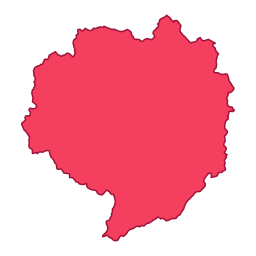 outline of Bac Son, Lạng Sơn, Vietnam
{"feature_id": "81297802B43959874007568", "entity_name": "Bac Son", "entity_type": "district", "adm_level": 2, "iso_a3": "VNM", "parent_name": "Vietnam", "parent_adm1": "Lạng Sơn", "projection": "robinson", "projection_center": [106.222, 21.815], "detail": "fine", "context": "isolated", "style": "filled", "palette": "rose", "viewbox_px": 256, "rotation_deg": 0, "n_neighbors": 0, "source": "geoboundaries", "source_scale": "gbopen_adm2", "svg_char_len": 5678}
<svg xmlns="http://www.w3.org/2000/svg" viewBox="0 0 256 256"><path d="M233.7,87.6L232.5,86.2L230.8,83.2L229.2,80.9L228.8,80.0L228.5,77.6L227.4,74.7L226.9,74.1L226.1,73.9L223.9,74.3L220.8,74.4L218.1,72.8L214.7,72.6L214.3,72.5L214.0,72.0L213.9,71.1L214.4,69.4L215.6,68.5L215.9,68.1L216.6,64.5L216.1,61.6L216.3,60.4L217.2,56.3L218.4,53.7L218.4,53.4L217.1,52.5L216.4,51.5L215.7,50.3L214.9,47.8L213.4,46.6L212.9,45.6L213.0,44.6L213.6,43.9L215.0,43.4L215.2,43.2L208.5,39.4L204.3,40.7L202.8,40.8L201.6,39.7L200.1,37.6L198.8,38.4L197.6,38.8L197.3,39.3L197.0,40.7L196.5,41.2L193.8,42.2L192.3,42.2L191.1,42.8L189.9,42.4L185.2,37.1L183.3,35.4L180.4,31.9L180.0,30.3L180.0,29.0L180.9,25.6L177.9,21.4L177.1,20.7L175.5,20.5L174.5,20.6L174.2,20.8L173.6,22.2L171.5,20.0L170.1,18.0L166.8,15.4L166.3,15.4L165.7,16.4L165.2,16.8L163.1,17.7L160.4,19.2L159.7,19.9L159.5,21.3L159.1,22.5L157.7,24.0L157.8,24.2L158.7,25.4L158.7,25.7L157.7,27.1L156.2,28.5L155.3,30.1L153.7,30.9L153.5,31.5L153.0,33.4L154.0,34.7L154.5,36.0L154.4,36.8L153.3,38.3L152.5,39.0L151.3,39.5L149.3,39.2L147.9,38.6L146.5,38.8L144.4,39.6L142.9,41.2L141.8,41.2L140.8,40.9L139.4,39.7L138.7,39.4L135.3,39.3L134.0,38.8L133.5,38.3L133.3,36.6L131.8,35.4L131.7,34.6L131.4,34.4L131.2,32.2L128.9,30.3L127.5,29.6L126.4,29.7L124.5,30.9L123.3,31.1L121.7,31.8L120.8,31.3L118.2,31.1L116.7,30.1L115.5,30.0L114.4,29.2L112.7,29.4L111.2,29.2L107.2,27.7L104.2,26.3L103.8,26.4L103.4,27.1L102.9,27.4L102.2,27.3L100.9,26.9L99.1,27.1L98.2,27.8L97.4,27.5L96.7,28.2L96.0,28.5L94.8,28.5L93.4,28.2L93.1,28.5L92.8,29.5L92.3,30.0L90.2,30.6L89.4,30.5L87.8,29.9L85.2,28.4L84.9,28.6L83.4,30.5L82.3,30.9L81.8,30.8L80.3,29.4L79.6,29.2L77.6,30.0L78.0,32.3L78.0,33.7L77.6,34.4L76.3,35.0L76.2,35.8L76.5,37.8L74.0,39.7L73.5,40.6L73.1,43.8L73.7,45.2L74.1,47.3L75.1,48.8L74.6,49.7L74.6,51.0L75.0,52.4L74.9,53.7L73.6,56.7L73.2,56.8L72.3,56.3L69.3,53.8L67.7,53.2L67.0,53.3L65.9,53.8L64.9,55.1L64.0,55.0L62.5,55.5L61.8,56.3L61.5,56.4L59.7,55.3L58.0,55.1L57.4,53.9L56.3,53.2L55.7,51.9L55.2,51.8L53.2,53.1L52.0,53.5L51.0,54.4L49.4,55.0L48.6,57.6L47.6,59.4L46.8,59.6L45.3,59.1L44.3,59.6L44.2,60.9L43.3,62.1L42.9,63.5L42.6,64.1L40.6,64.5L39.6,65.6L37.5,66.0L34.5,68.0L34.3,69.3L33.6,70.4L33.5,70.9L33.9,73.3L33.9,75.4L35.1,77.4L35.3,78.2L35.0,80.5L34.0,82.0L34.2,82.4L34.9,83.2L34.9,85.8L34.6,86.7L33.8,87.6L33.7,88.6L32.7,89.7L32.3,90.3L31.8,93.5L32.3,94.8L32.5,96.5L33.1,97.7L32.6,100.5L32.6,101.9L34.6,103.3L36.0,104.8L36.6,105.6L36.6,106.2L36.0,107.8L35.0,108.4L32.7,108.8L30.6,108.2L29.6,108.5L29.2,109.2L29.0,110.1L30.3,112.1L30.3,113.7L30.0,115.0L29.6,115.7L29.0,115.9L26.5,115.9L25.5,116.2L25.2,116.9L25.0,117.7L25.5,119.3L25.4,120.0L25.0,120.6L22.2,122.8L21.8,123.5L21.7,124.5L23.4,128.2L23.9,129.7L25.9,131.6L27.9,134.4L29.0,136.3L29.7,137.0L29.0,139.6L29.0,141.2L29.3,143.6L28.9,145.4L29.0,146.6L29.3,147.4L29.7,147.9L30.4,148.4L31.7,148.9L32.1,149.4L32.4,151.3L32.4,153.0L32.6,153.4L33.1,153.5L35.0,152.8L36.0,152.7L36.5,152.8L37.0,153.4L37.5,153.6L38.6,152.3L39.1,152.1L40.7,151.9L42.9,152.2L44.2,151.3L45.7,150.8L47.8,150.5L49.0,150.8L49.4,151.2L49.5,152.6L50.7,156.4L53.6,160.0L54.7,162.8L56.4,164.4L56.7,168.0L57.1,168.9L57.6,169.2L58.3,169.3L60.9,168.9L61.9,169.9L64.1,173.1L68.2,173.6L69.3,173.9L69.7,174.7L69.6,176.9L69.7,177.5L70.3,177.6L72.2,177.6L72.9,177.9L75.0,180.3L76.0,181.9L78.3,182.3L79.0,183.7L81.3,184.4L83.3,184.5L86.7,183.7L86.9,184.2L86.8,186.4L88.3,188.3L92.1,189.9L95.1,190.2L95.6,190.4L96.3,191.0L97.7,193.5L99.2,194.3L101.2,194.8L102.3,194.8L103.8,193.3L106.4,190.4L106.9,190.1L109.6,192.0L110.6,193.6L111.1,194.1L112.0,194.4L113.1,194.4L113.5,194.6L114.3,196.8L115.3,200.8L115.3,202.1L115.1,203.6L113.8,207.2L112.4,209.1L112.3,212.3L111.4,214.1L111.7,216.2L110.2,217.6L109.9,219.4L109.6,220.0L106.8,221.0L106.3,221.8L106.2,222.5L106.4,223.6L107.7,227.2L107.8,228.6L107.4,230.2L107.0,231.1L105.6,232.8L103.0,235.3L102.7,236.7L104.4,236.4L106.0,235.4L107.3,235.6L107.8,235.8L109.5,237.5L111.4,238.2L113.6,240.3L114.3,240.6L116.6,240.6L117.4,240.4L117.9,239.9L120.1,236.4L120.7,235.7L121.9,235.6L122.9,236.3L123.5,236.3L125.3,234.9L126.5,233.6L127.8,231.4L129.2,229.8L133.3,228.5L135.6,226.8L136.4,226.4L138.4,226.2L139.4,226.9L141.3,225.6L143.4,225.9L144.1,225.8L147.0,223.4L148.9,223.1L150.4,222.3L154.0,219.7L156.1,218.7L157.2,217.2L159.5,217.7L160.8,218.9L162.4,218.3L163.0,218.4L164.4,219.2L165.8,220.5L166.4,220.8L167.9,220.5L172.3,218.5L172.9,218.4L173.8,218.8L176.2,218.1L178.4,215.2L180.0,214.9L180.9,212.9L183.6,209.1L184.7,205.7L186.1,202.7L188.1,200.2L190.1,198.4L191.8,196.4L193.2,195.4L193.7,194.3L195.6,192.2L196.6,191.8L200.1,191.4L204.0,187.5L205.1,185.9L205.3,184.8L205.0,183.3L203.8,181.2L203.7,179.9L207.2,174.8L207.8,174.4L208.1,173.6L208.3,173.4L209.2,173.4L210.4,173.1L211.0,173.2L211.5,175.7L211.2,177.3L212.3,177.2L215.2,176.6L216.4,176.1L216.8,175.6L217.1,175.8L217.8,174.5L218.4,172.9L219.8,172.5L221.6,172.4L222.5,171.7L223.1,170.9L223.6,170.8L225.1,170.2L225.4,169.4L225.3,168.4L224.3,165.4L225.1,163.9L225.1,163.3L224.5,161.5L224.4,160.3L226.4,157.2L225.6,156.7L227.0,154.7L224.3,153.1L226.0,149.7L226.3,148.5L226.1,147.8L224.0,145.5L223.8,144.8L223.8,144.3L224.1,143.0L225.2,141.4L224.6,136.2L225.7,135.1L227.2,132.9L227.4,131.5L226.5,130.1L224.8,128.6L224.7,125.4L225.4,122.0L225.8,121.2L226.4,120.2L227.6,119.7L228.1,119.0L228.2,117.1L228.1,116.8L227.4,116.2L228.4,115.0L229.0,111.7L229.8,111.3L230.5,111.3L232.4,111.6L233.9,110.9L234.3,110.2L233.9,109.6L232.6,109.1L232.5,107.6L232.2,107.2L228.7,106.5L228.1,106.0L227.5,104.4L227.3,103.3L227.6,100.7L226.5,98.1L227.8,95.8L228.1,95.0L228.3,92.7L229.5,92.7L231.1,92.1L231.7,91.7L233.8,89.3L233.7,87.6Z" fill="#f43f5e" stroke="#9f1239" stroke-width="1.5"/></svg>